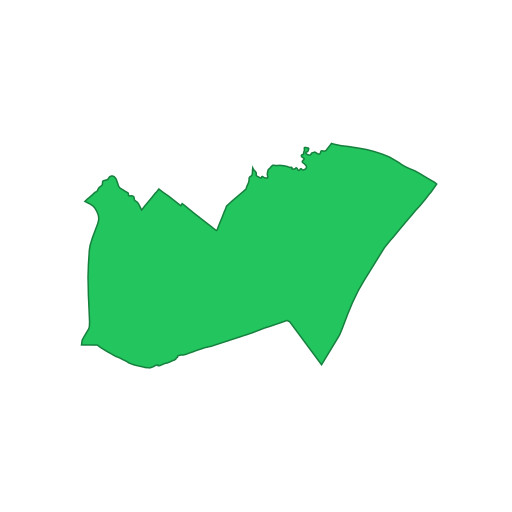 Go Cong Dong, Tiền Giang, Vietnam, rotated 70°
{"feature_id": "81297802B63663693246644", "entity_name": "Go Cong Dong", "entity_type": "district", "adm_level": 2, "iso_a3": "VNM", "parent_name": "Vietnam", "parent_adm1": "Tiền Giang", "projection": "orthographic", "projection_center": [106.706, 10.378], "detail": "fine", "context": "isolated", "style": "filled", "palette": "green", "viewbox_px": 512, "rotation_deg": 70, "n_neighbors": 0, "source": "geoboundaries", "source_scale": "gbopen_adm2", "svg_char_len": 6057}
<svg xmlns="http://www.w3.org/2000/svg" viewBox="0 0 512 512"><g transform="rotate(70 256 256)"><path d="M176.0,146.6L177.1,148.2L178.1,149.8L178.8,151.0L180.6,153.8L180.9,154.5L180.9,155.2L180.8,156.1L180.3,157.0L179.8,157.7L179.6,158.1L179.6,158.6L179.7,159.0L179.9,159.3L180.3,159.6L180.7,159.9L181.0,160.1L181.4,160.4L181.8,161.0L181.9,161.4L181.8,161.7L181.7,162.1L181.5,162.5L181.0,163.1L180.3,163.8L179.8,164.0L178.5,165.1L178.4,165.4L178.5,165.6L178.5,165.8L178.5,166.2L178.4,166.6L178.3,167.1L178.3,167.7L178.3,168.1L178.3,168.5L178.5,168.9L179.3,169.7L179.5,170.0L179.6,170.3L179.6,170.7L179.5,171.1L179.3,171.5L179.0,172.1L178.6,172.7L177.4,173.7L176.9,173.9L176.3,173.9L175.9,173.8L175.7,173.6L175.6,173.2L175.6,172.7L175.6,172.2L175.5,171.8L175.3,171.5L175.0,171.0L174.6,170.7L174.1,170.4L173.7,170.0L173.4,169.8L173.0,169.7L172.6,169.8L172.4,170.0L172.1,170.4L170.9,172.4L170.7,172.9L170.7,173.3L170.9,173.6L171.2,173.8L171.4,173.9L172.3,174.0L172.9,174.2L173.7,174.7L174.1,175.1L174.6,175.5L175.1,175.8L175.8,176.2L176.0,176.2L176.3,176.3L176.5,176.5L176.6,176.8L176.7,177.1L176.7,177.4L176.6,177.6L176.6,178.1L176.7,178.5L176.9,178.9L177.2,179.1L177.4,179.2L178.2,179.1L178.7,178.9L179.1,178.7L179.5,178.4L179.8,178.1L180.7,177.5L181.0,177.5L181.4,177.6L181.6,177.8L182.3,179.2L182.5,179.7L182.8,180.0L183.2,180.3L183.4,180.3L183.7,180.3L184.1,180.2L184.8,179.7L185.6,179.2L186.3,178.9L186.9,178.6L187.8,178.2L188.4,178.0L188.9,178.0L189.4,178.1L189.9,178.3L190.3,178.6L190.8,179.0L191.0,179.4L191.1,179.8L191.3,180.3L191.3,180.9L191.3,181.8L191.3,182.3L191.0,182.8L190.5,183.2L189.5,183.6L189.3,183.9L189.3,184.3L189.4,184.6L189.7,185.0L189.9,185.3L190.1,185.5L190.3,185.8L190.3,186.1L190.3,186.4L190.2,186.7L189.9,186.9L189.1,187.2L187.9,187.4L187.5,187.6L187.1,187.8L186.9,188.0L186.9,188.4L187.1,188.8L187.3,189.1L187.3,189.7L187.3,190.1L187.3,190.6L187.1,191.3L186.7,192.0L186.4,192.4L186.2,192.5L185.9,192.4L185.7,192.1L185.4,192.0L185.2,192.0L184.7,192.4L184.6,193.0L184.2,194.0L183.9,194.4L183.7,194.8L182.5,196.1L181.8,197.2L180.7,199.0L180.0,200.4L179.1,202.3L178.5,204.0L178.1,205.6L177.5,207.0L176.6,208.6L176.5,209.2L176.5,209.6L176.8,210.3L177.2,211.2L177.9,212.2L178.4,213.4L178.8,214.4L179.3,215.2L181.1,216.4L182.5,217.2L183.2,217.5L183.8,217.6L184.4,217.7L184.9,217.7L185.3,217.8L185.8,217.9L186.2,218.1L186.4,218.4L186.6,218.6L186.2,219.5L186.0,220.2L185.6,221.0L185.0,221.6L184.3,222.2L183.7,222.5L183.4,222.8L183.4,223.1L183.4,223.4L183.8,223.8L184.1,224.1L184.4,224.3L184.4,224.5L184.2,225.0L183.7,225.6L181.6,227.5L180.9,228.0L180.4,228.2L179.9,228.1L179.4,227.9L179.0,227.7L178.6,227.5L178.1,227.4L177.7,227.4L176.9,227.5L174.3,228.6L173.5,228.8L172.1,228.9L173.6,229.7L175.8,230.6L178.0,231.6L178.6,232.1L179.0,232.8L179.2,233.2L179.3,233.9L179.3,234.3L179.5,234.6L179.7,235.0L180.0,235.4L180.3,235.7L180.8,236.0L181.8,236.3L182.9,236.9L184.6,238.0L185.2,238.6L186.1,239.5L187.2,240.6L189.1,242.1L189.8,242.5L190.1,243.6L190.5,244.7L191.0,245.8L194.5,255.3L196.3,260.1L198.5,265.4L198.9,266.4L199.1,266.7L201.3,268.5L203.8,270.9L208.4,274.9L212.2,278.4L215.8,281.6L218.2,283.6L218.5,284.0L218.5,284.4L218.3,284.6L217.1,285.5L215.2,286.7L213.0,288.0L206.4,292.2L193.6,300.2L191.3,301.5L189.4,302.7L187.0,304.1L184.7,305.4L181.5,307.5L183.0,309.5L176.2,313.7L169.9,317.6L164.4,321.5L159.8,324.4L161.8,327.5L162.2,328.2L162.2,328.6L162.6,329.3L165.0,333.2L171.6,344.5L173.7,347.7L172.9,347.9L171.1,348.0L168.7,348.3L166.9,348.6L165.3,349.0L164.4,349.4L163.3,350.2L162.4,350.9L161.8,351.0L161.4,351.0L161.0,350.9L160.6,350.9L160.2,350.8L159.3,350.6L158.7,350.6L158.3,350.8L157.8,351.1L157.2,351.7L156.7,352.5L156.6,353.1L156.5,353.7L156.3,354.2L156.1,354.6L155.8,354.9L155.5,355.1L155.3,355.1L154.8,354.9L153.6,354.6L153.2,354.6L152.9,354.7L152.5,355.0L150.6,356.7L149.2,357.7L148.4,358.3L147.1,359.4L146.1,360.2L145.3,360.7L144.5,361.0L143.7,361.2L142.6,361.2L139.2,361.1L137.0,361.1L135.8,361.1L135.1,361.3L133.4,361.9L132.9,362.2L132.3,362.8L131.8,363.4L131.4,364.3L131.4,365.5L131.4,366.2L131.7,366.8L132.0,367.2L132.5,368.0L133.1,368.8L133.3,369.2L133.4,369.6L133.3,371.3L133.1,373.3L133.3,374.3L133.7,374.7L135.6,375.6L136.2,375.9L136.6,376.2L136.8,376.6L137.2,377.5L137.5,378.5L137.9,379.7L138.2,380.3L138.7,380.9L139.1,381.4L139.9,382.3L140.5,382.9L140.8,383.4L141.0,383.9L141.0,384.5L141.1,385.3L141.1,385.6L142.7,389.3L144.3,393.5L144.8,395.0L146.2,398.1L150.6,394.0L153.3,392.0L156.3,390.9L160.1,390.3L163.6,390.2L166.1,390.7L168.1,391.4L171.3,393.5L174.3,396.1L182.7,403.3L189.3,408.3L193.5,410.6L206.7,416.4L218.7,421.2L222.6,422.5L235.8,427.0L241.9,428.9L249.8,431.4L260.9,434.9L264.8,436.5L266.1,437.2L267.4,438.3L269.8,441.3L274.8,447.3L275.7,448.2L278.2,449.5L279.9,450.4L285.4,435.6L289.5,432.9L295.6,428.0L298.6,425.3L301.1,423.3L302.5,422.0L304.6,419.5L308.2,416.2L310.6,413.8L312.7,412.3L313.5,411.5L316.5,408.0L318.3,405.3L322.4,398.9L322.9,398.3L323.3,397.6L323.4,397.1L324.8,394.1L324.9,393.2L324.9,390.6L324.4,387.2L324.5,386.6L324.7,386.0L325.0,385.5L325.6,385.6L325.8,385.3L326.1,383.9L325.8,378.2L326.1,376.8L326.2,375.6L326.1,373.3L325.8,369.8L325.9,368.7L325.8,367.9L325.4,366.5L324.7,365.9L324.5,365.5L324.4,364.9L324.4,364.6L324.1,364.2L323.5,364.0L323.1,363.5L323.1,362.7L323.5,359.7L323.8,359.0L324.1,358.6L324.2,357.8L324.4,355.9L324.4,353.1L324.4,350.9L324.5,348.3L324.4,345.3L324.7,334.4L325.0,333.4L325.1,331.5L325.4,330.0L325.5,328.9L326.9,286.2L326.6,272.5L326.9,267.1L327.2,248.9L329.4,246.8L380.6,231.6L360.0,205.9L358.3,204.0L354.6,200.6L342.0,189.7L332.5,181.0L323.3,171.5L316.0,162.8L292.0,132.3L286.9,123.8L285.3,120.7L281.8,114.8L278.7,109.5L277.3,107.1L277.1,106.6L275.9,104.7L272.4,98.5L270.4,94.9L267.8,90.5L264.7,84.5L260.5,77.3L257.8,73.1L255.6,69.3L250.2,61.6L247.8,63.0L242.0,67.9L234.3,74.1L230.3,77.6L226.5,81.8L223.2,85.1L220.1,87.7L216.9,89.9L208.7,96.7L203.9,102.0L202.6,103.6L198.1,109.4L193.7,115.8L190.9,120.6L188.3,125.2L186.0,129.4L184.6,131.9L181.5,138.2L178.5,143.0L177.5,144.6L176.0,146.6Z" fill="#22c55e" stroke="#15803d" stroke-width="1.5"/></g></svg>